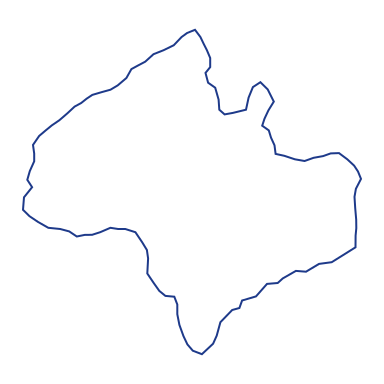 outline of Marmelópolis, Minas Gerais, Brazil
{"feature_id": "56859067B23213447356300", "entity_name": "Marmelópolis", "entity_type": "district", "adm_level": 2, "iso_a3": "BRA", "parent_name": "Brazil", "parent_adm1": "Minas Gerais", "projection": "mercator", "projection_center": [-45.172, -22.465], "detail": "fine", "context": "isolated", "style": "outline", "palette": "blue", "viewbox_px": 384, "rotation_deg": 0, "n_neighbors": 0, "source": "geoboundaries", "source_scale": "gbopen_adm2", "svg_char_len": 1466}
<svg xmlns="http://www.w3.org/2000/svg" viewBox="0 0 384 384"><path d="M201.9,354.2L213.1,343.7L216.7,335.7L220.4,322.2L232.2,310.0L239.4,308.0L242.1,300.5L256.0,296.4L267.0,283.9L277.7,283.0L282.8,278.4L295.9,270.9L306.0,271.7L319.0,263.9L331.7,262.2L355.5,247.3L355.6,235.6L356.3,228.2L356.2,219.7L355.2,208.0L354.5,196.8L355.9,188.8L361.0,178.9L358.0,171.5L354.1,165.6L347.3,159.3L339.0,153.1L330.7,153.4L323.1,156.1L313.6,157.8L304.6,161.0L294.9,159.3L284.3,155.8L275.6,153.9L274.5,145.3L271.0,137.6L268.8,130.4L262.2,125.7L264.5,118.7L268.4,110.4L273.8,101.6L267.7,89.4L260.4,82.2L252.9,87.1L248.6,97.6L246.0,109.7L232.9,112.9L224.6,114.4L219.3,109.7L218.6,99.6L215.2,87.7L208.1,82.7L205.5,72.9L210.2,67.1L210.2,58.0L206.9,50.2L203.6,43.7L200.4,37.0L195.0,29.8L187.1,33.0L181.6,37.0L173.8,45.2L163.6,50.2L153.5,54.2L145.2,61.7L138.0,65.5L131.4,69.1L126.4,78.0L117.7,85.4L110.5,89.7L101.8,92.1L92.3,94.9L86.6,98.7L81.2,103.0L74.6,106.6L67.4,113.3L59.4,120.2L51.8,125.4L45.7,130.4L39.2,135.9L33.0,144.9L34.2,153.6L34.2,161.3L29.8,171.1L27.3,179.8L32.1,187.2L24.0,197.3L23.0,209.8L29.5,216.2L38.1,222.0L48.3,227.8L60.2,229.0L69.2,231.4L76.8,236.5L84.7,234.9L92.1,234.8L100.2,232.2L110.4,227.8L118.1,229.0L125.3,229.0L135.4,232.2L142.2,242.3L146.9,250.0L148.1,258.4L147.3,273.5L153.5,282.7L159.3,290.9L165.4,295.9L174.3,296.7L177.3,304.5L177.3,314.2L179.4,324.9L183.5,336.2L187.4,344.4L192.8,350.7L201.9,354.2Z" fill="none" stroke="#1e3a8a" stroke-width="2"/></svg>